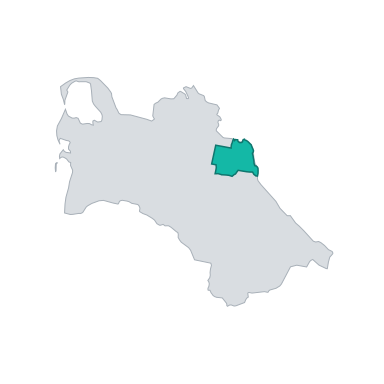 Darganata, Chardzhou, Turkmenistan shown in context, rotated 12°
{"feature_id": "10190150B50164786179090", "entity_name": "Darganata", "entity_type": "district", "adm_level": 2, "iso_a3": "TKM", "parent_name": "Turkmenistan", "parent_adm1": "Chardzhou", "projection": "mercator", "projection_center": [61.431, 40.609], "detail": "fine", "context": "in_parent", "style": "filled", "palette": "teal", "viewbox_px": 384, "rotation_deg": 12, "n_neighbors": 0, "source": "geoboundaries", "source_scale": "gbopen_adm2", "svg_char_len": 4654}
<svg xmlns="http://www.w3.org/2000/svg" viewBox="0 0 384 384"><g transform="rotate(12 192 192)"><path d="M115.7,129.4L132.6,130.3L137.8,131.0L140.0,128.6L139.9,128.0L139.1,127.5L137.8,125.7L136.7,114.2L138.2,112.5L139.9,111.3L142.3,107.6L143.6,106.5L145.6,105.6L152.1,105.3L154.8,104.6L157.1,100.4L157.6,98.0L159.4,96.0L160.3,96.1L164.8,97.7L165.7,98.6L167.2,101.7L168.8,101.5L169.1,101.0L168.9,100.3L167.6,98.4L164.9,94.9L162.2,92.7L162.0,92.0L164.3,90.2L168.9,91.0L170.1,90.4L171.3,87.6L177.4,93.9L178.6,94.5L183.4,95.3L184.3,96.2L185.9,99.8L187.6,100.8L189.6,101.4L198.3,101.6L201.0,104.0L201.5,104.6L200.9,106.3L200.8,109.5L200.1,110.8L200.5,111.4L203.6,112.7L205.4,114.8L205.6,115.7L205.1,116.3L203.7,116.0L202.9,116.9L202.9,118.6L204.0,120.2L204.3,121.7L202.8,125.0L202.8,126.4L203.2,127.2L211.0,132.2L212.3,132.4L219.8,131.5L221.2,132.0L227.8,133.1L229.6,133.0L230.9,131.4L232.1,130.7L233.2,130.7L236.4,131.7L239.7,133.9L241.9,135.8L242.9,137.6L246.0,147.4L248.0,151.4L250.3,153.5L251.9,157.3L253.3,165.5L254.2,167.2L257.8,170.4L276.0,183.7L281.5,189.7L290.0,195.4L293.1,194.7L299.8,200.8L304.0,203.1L309.5,206.7L320.9,214.9L323.4,215.2L326.1,214.1L328.5,214.7L332.8,216.8L337.4,220.0L341.4,221.0L342.5,222.4L342.5,223.2L340.3,227.1L340.0,232.1L340.3,238.9L339.2,239.0L331.4,237.1L324.1,232.9L322.4,234.3L321.5,235.7L319.7,241.5L309.7,241.8L303.9,244.7L298.6,263.4L297.4,265.7L294.2,268.7L288.5,271.7L287.6,272.9L287.4,274.0L286.7,274.4L283.6,274.4L271.7,278.4L269.1,278.4L268.0,278.7L267.6,279.4L268.9,283.1L267.8,284.2L267.0,286.0L266.4,289.2L258.6,294.2L256.9,294.8L253.8,294.3L252.2,294.8L250.5,296.4L249.7,295.9L249.3,294.3L248.5,293.3L243.6,289.3L238.0,289.9L235.9,289.6L234.2,288.9L231.6,286.6L230.0,284.4L228.2,284.7L227.7,283.6L227.7,282.4L228.1,280.9L228.0,278.2L227.0,276.2L225.9,275.3L227.2,272.1L227.2,269.7L226.4,267.0L226.1,263.3L226.3,259.6L225.2,257.7L208.6,257.8L202.7,249.2L200.2,247.1L192.0,243.4L189.7,241.4L187.9,239.3L187.4,236.3L186.5,234.5L185.2,234.2L178.7,230.8L176.1,229.9L172.6,230.7L170.5,229.7L168.0,231.1L167.0,231.2L164.3,230.3L161.1,227.2L158.3,225.9L152.6,223.9L148.5,223.3L145.0,222.1L144.6,221.6L144.5,218.9L144.0,217.8L143.0,216.5L141.6,215.5L135.4,215.6L132.6,214.6L130.4,214.4L125.5,214.6L124.0,215.3L123.0,216.2L122.5,218.8L121.9,219.2L117.2,219.2L107.2,218.6L102.9,219.9L96.4,224.0L92.7,227.3L91.6,228.8L89.4,234.7L88.4,235.6L87.2,236.3L85.9,236.4L79.9,238.7L77.6,239.3L71.7,239.0L70.3,230.2L69.8,223.3L70.4,213.6L70.1,207.4L71.1,197.8L70.7,195.5L67.7,191.3L67.2,188.4L65.4,188.2L62.4,185.7L59.4,184.7L57.9,184.7L56.6,185.4L55.6,186.8L54.9,184.6L54.9,182.2L57.3,177.4L58.7,178.8L60.5,179.4L65.1,179.1L64.6,177.4L62.3,175.7L61.8,173.5L62.0,171.2L62.6,169.0L61.9,168.2L60.8,167.6L58.4,167.7L52.0,166.9L51.2,169.4L53.0,172.8L50.1,168.9L48.1,165.0L46.8,160.4L46.6,155.4L49.0,147.3L51.0,137.4L53.5,141.6L55.3,143.4L59.3,144.6L61.3,144.3L63.3,143.3L65.3,143.6L68.5,147.9L70.8,148.4L75.4,146.7L77.6,146.4L79.6,147.1L81.6,147.1L80.7,145.1L80.3,143.2L81.5,142.1L85.2,143.2L88.1,142.1L88.7,141.6L88.9,139.9L88.5,136.5L87.8,135.0L86.2,133.0L79.6,128.2L77.4,126.3L75.6,123.8L72.6,113.8L70.3,107.4L69.4,106.7L65.5,106.1L58.3,107.7L55.7,107.4L54.5,108.0L51.6,110.7L50.2,113.0L48.3,118.3L49.8,120.0L48.6,128.8L49.3,132.6L49.1,132.8L46.9,128.2L43.9,123.5L41.5,116.3L45.8,111.6L49.5,108.3L53.4,105.8L57.6,104.1L66.8,101.5L72.0,100.6L76.1,100.4L79.3,102.0L88.0,107.8L91.7,111.1L92.8,112.4L93.8,115.5L100.2,125.5L101.6,126.9L104.1,130.1L106.5,131.1L115.7,129.4ZM54.6,199.5L54.4,200.8L53.2,196.9L52.6,192.7L53.4,191.5L54.2,191.5L53.4,193.1L54.6,199.5Z" fill="#d9dde1" stroke="#a8b0b8" stroke-width="1"/><path d="M221.6,131.5L221.2,133.7L221.1,135.5L220.8,137.0L220.7,137.5L220.8,138.3L220.8,138.9L221.1,140.9L220.8,140.9L205.5,141.3L205.4,160.5L209.9,160.4L210.7,163.1L210.8,165.7L210.8,169.3L212.2,169.0L213.7,168.6L217.2,168.9L217.4,168.9L217.6,169.0L218.3,168.8L221.7,168.3L222.5,168.2L224.8,168.0L227.5,168.3L228.0,168.3L229.4,166.4L230.8,165.3L231.6,163.4L231.7,163.1L232.6,161.2L237.7,161.0L241.4,160.8L244.1,160.5L247.1,159.9L247.9,160.8L248.7,161.7L248.9,161.9L249.1,162.0L250.8,162.8L251.1,163.0L252.7,162.8L252.7,160.0L252.2,157.4L251.6,155.0L250.7,154.0L249.2,153.2L247.9,153.2L246.7,151.0L246.2,149.3L245.6,147.5L244.9,145.9L244.3,144.1L243.8,143.3L243.0,141.5L243.6,140.0L243.6,138.9L243.0,137.9L241.2,135.3L240.1,133.5L238.0,132.2L236.3,131.1L235.4,130.7L234.6,130.3L233.2,130.3L232.4,129.4L231.2,130.1L231.0,131.0L231.0,132.3L230.4,133.2L228.5,133.8L227.6,133.5L226.4,132.8L225.8,131.4L224.8,131.6L223.7,131.6L223.0,132.7L222.6,131.9L221.6,131.5Z" fill="#14b8a6" stroke="#0f766e" stroke-width="1.5"/></g></svg>